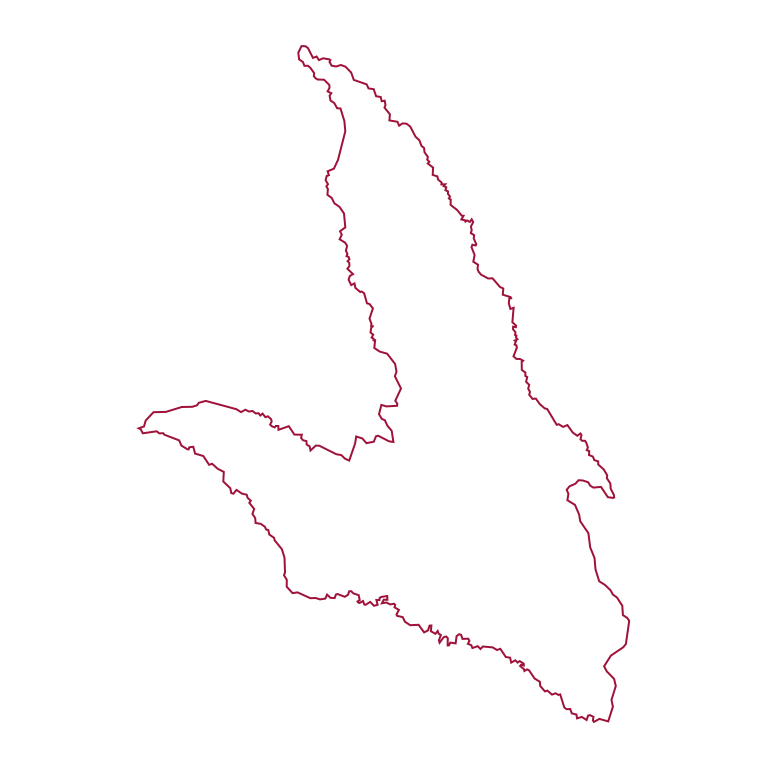 outline of Piendamó, Cauca, Colombia
{"feature_id": "7082276B51071963604741", "entity_name": "Piendamó", "entity_type": "district", "adm_level": 2, "iso_a3": "COL", "parent_name": "Colombia", "parent_adm1": "Cauca", "projection": "orthographic", "projection_center": [-76.57, 2.735], "detail": "fine", "context": "isolated", "style": "outline", "palette": "rose", "viewbox_px": 768, "rotation_deg": 0, "n_neighbors": 0, "source": "geoboundaries", "source_scale": "gbopen_adm2", "svg_char_len": 6090}
<svg xmlns="http://www.w3.org/2000/svg" viewBox="0 0 768 768"><path d="M608.2,721.4L612.9,706.7L611.5,699.8L615.8,686.0L614.1,678.9L606.8,671.4L604.1,666.3L610.9,655.6L623.2,647.3L625.9,644.0L629.2,620.9L627.2,617.9L622.9,615.1L622.3,605.7L616.9,597.4L613.0,594.7L610.4,590.1L604.8,584.8L599.2,581.3L595.5,569.4L594.5,557.9L590.2,547.4L588.4,533.2L580.2,521.2L579.1,514.5L575.0,504.9L567.4,500.2L568.4,493.8L566.7,489.8L569.6,486.3L575.4,483.7L578.6,480.2L582.9,480.5L588.2,482.3L590.2,485.7L593.4,487.6L601.0,486.9L607.9,497.2L613.0,497.9L614.2,497.5L613.8,494.7L610.7,488.8L610.3,483.4L606.8,478.1L607.2,475.3L603.7,469.4L598.2,464.5L598.2,461.4L594.3,460.1L592.9,456.6L589.0,455.0L589.2,451.1L586.8,450.2L587.9,447.5L586.3,442.8L585.0,440.8L582.1,440.8L580.5,439.2L581.5,435.1L580.4,433.5L577.3,435.8L572.8,432.6L567.4,425.1L563.0,426.9L558.7,424.2L556.7,424.8L547.2,409.0L544.9,408.5L539.7,404.0L535.9,398.6L532.5,398.9L529.2,394.7L530.0,391.9L528.2,388.7L529.2,384.8L526.1,381.8L527.2,377.0L525.3,375.9L525.4,372.6L521.8,369.9L521.7,361.8L523.1,360.7L520.0,359.0L516.4,358.9L513.5,356.4L516.9,347.5L516.4,345.3L514.7,344.6L515.9,341.3L514.8,340.5L517.4,339.3L515.9,337.3L516.4,335.6L515.0,334.9L515.5,332.3L513.0,329.2L513.1,326.7L515.8,327.2L516.1,325.6L512.4,322.3L513.6,307.8L510.4,308.9L508.8,303.3L509.3,298.5L511.1,298.2L510.6,297.1L502.8,294.7L503.3,288.5L500.0,287.0L492.5,278.3L488.2,278.5L481.1,274.7L478.6,271.7L477.5,269.0L478.0,264.7L473.3,261.7L474.6,255.0L471.5,247.1L472.4,244.7L475.6,245.5L476.3,244.3L473.7,238.3L474.2,235.2L470.8,233.1L471.7,230.2L470.9,226.5L473.2,222.1L471.7,219.3L469.9,221.9L467.0,220.4L465.4,221.6L464.8,220.2L461.4,219.5L463.5,215.8L461.7,215.6L457.1,210.0L450.6,204.9L450.7,199.5L448.9,198.5L450.0,196.5L447.9,193.8L448.0,191.4L445.4,190.2L446.3,187.3L443.7,186.1L445.2,184.3L441.4,184.4L441.7,182.6L438.0,179.5L437.4,176.4L432.7,174.9L433.1,167.6L427.8,163.5L429.3,161.7L427.2,159.6L427.9,157.0L424.5,152.2L424.1,148.0L421.5,145.9L419.4,140.3L415.6,136.8L410.2,126.5L406.5,123.7L402.6,123.4L399.1,125.7L397.5,121.8L389.4,120.4L389.9,114.3L384.5,107.6L385.5,105.1L384.7,100.7L381.7,101.2L380.7,97.0L376.1,96.2L373.7,89.2L368.5,88.4L366.7,84.4L353.8,79.9L351.2,72.6L345.5,66.7L340.9,65.0L336.1,66.5L331.7,65.7L329.5,62.0L330.4,60.1L329.5,59.4L323.1,58.3L318.9,60.1L316.6,56.5L313.0,57.9L307.9,48.0L305.4,46.2L301.5,46.1L298.3,52.7L299.1,59.4L302.9,62.0L304.4,65.8L308.0,65.8L310.5,68.0L314.2,73.2L313.8,76.1L315.6,78.3L317.6,79.5L324.0,79.7L329.3,84.9L329.5,87.9L327.6,91.4L331.3,93.2L329.6,95.6L330.5,100.5L334.3,103.1L337.1,108.2L340.5,108.5L344.4,121.2L345.3,131.3L338.0,159.9L333.9,168.7L327.6,171.3L328.9,175.2L326.7,176.0L325.6,180.1L328.0,184.2L326.4,186.3L327.9,189.1L327.4,194.8L331.7,197.9L334.4,203.3L339.5,206.9L344.0,213.5L345.3,227.4L340.0,231.3L341.8,234.7L339.6,239.3L345.2,242.7L347.1,245.9L345.9,250.7L347.4,253.9L346.6,256.2L348.6,256.9L349.4,259.3L347.6,261.2L349.3,263.0L349.4,266.0L347.4,268.8L353.0,274.1L349.8,276.0L348.6,279.7L351.2,285.1L354.5,283.4L355.4,287.9L360.2,292.0L361.5,291.5L364.1,293.2L367.0,303.3L369.5,304.0L372.9,308.4L369.5,318.6L371.5,324.0L371.1,325.9L372.7,326.3L371.2,327.8L370.5,332.5L373.2,334.7L371.6,337.6L373.6,338.7L373.5,340.3L375.1,340.2L374.3,348.0L379.8,351.6L387.2,353.7L395.1,364.0L396.5,371.6L394.9,376.3L401.0,388.5L395.3,400.7L397.3,403.8L397.1,405.8L386.3,406.4L381.4,404.9L379.0,414.2L381.8,418.9L384.9,420.3L387.4,425.7L391.7,430.8L393.4,442.0L389.0,441.3L378.1,435.7L376.0,436.3L373.8,441.7L366.5,443.2L362.4,438.5L356.2,436.5L355.1,443.5L349.2,460.6L344.9,458.6L341.4,455.1L336.2,454.2L319.3,445.7L315.8,445.6L310.5,450.5L309.6,446.3L306.7,444.6L306.4,441.1L302.9,440.2L301.1,437.9L301.8,434.7L294.4,434.6L288.8,426.2L278.5,429.8L278.3,426.0L275.8,426.0L274.7,427.4L271.9,426.3L270.1,424.6L271.7,421.4L271.0,419.0L267.8,416.3L265.4,417.2L262.6,413.6L260.3,415.5L258.5,413.2L255.8,413.5L252.5,411.0L248.7,411.5L245.5,409.7L241.0,412.1L236.4,409.2L205.7,400.9L198.8,402.8L197.0,405.3L192.3,406.8L181.8,407.0L165.9,411.9L153.5,412.2L145.7,420.5L144.0,426.5L138.8,428.3L140.7,429.3L142.8,433.3L156.7,431.3L159.3,433.4L163.2,433.2L164.4,434.7L179.2,440.4L181.4,445.6L187.5,449.3L188.6,449.4L189.3,447.3L193.3,446.8L195.1,453.6L203.3,456.0L209.1,464.8L212.2,463.8L217.7,468.8L223.8,471.9L223.3,481.5L230.3,488.2L231.3,493.1L233.4,493.7L236.5,489.9L241.9,493.6L246.7,494.7L247.6,497.8L250.8,500.7L249.3,502.8L254.2,509.0L252.4,513.9L255.2,518.0L255.6,523.0L260.7,523.8L264.8,526.7L266.2,529.6L268.3,530.0L269.3,534.5L274.0,537.8L274.7,540.4L281.9,549.2L284.5,557.7L285.0,572.5L284.0,575.2L286.8,579.9L286.7,586.7L292.5,593.1L297.6,592.4L310.3,598.2L315.6,598.0L320.0,599.4L325.3,598.6L327.1,594.6L330.4,597.8L334.6,598.1L336.0,594.5L337.5,594.0L344.8,596.8L348.0,594.8L349.2,591.3L351.2,591.2L353.4,593.4L358.7,595.2L359.7,600.0L357.5,601.5L358.1,602.4L359.5,603.0L363.0,601.0L364.3,604.5L365.6,604.8L370.2,601.9L374.0,605.8L377.6,604.8L376.4,600.0L379.4,600.1L379.7,597.8L381.5,596.9L387.2,596.0L387.4,599.8L383.8,599.7L381.9,603.3L386.4,602.5L390.1,604.4L394.2,603.8L395.2,604.8L394.5,607.3L398.9,609.9L396.5,614.6L397.2,615.9L402.7,617.1L405.0,621.8L410.2,625.2L418.6,624.8L424.1,632.4L428.0,630.4L429.6,625.6L431.4,625.5L430.9,631.2L435.4,633.8L437.7,631.0L438.6,633.7L440.9,635.0L438.9,640.3L439.6,642.7L443.7,637.2L446.1,636.5L447.8,638.2L447.6,645.4L448.9,645.4L450.3,642.6L455.6,643.4L456.6,636.1L459.2,634.2L461.1,634.9L462.5,638.9L468.3,638.7L469.4,640.9L467.9,643.8L471.3,645.2L472.4,648.0L477.8,646.2L480.5,649.0L482.9,646.5L492.7,647.4L497.0,650.0L500.3,648.8L505.8,657.0L510.1,657.7L511.2,662.6L515.3,660.3L517.6,662.6L519.7,661.1L523.7,663.6L523.8,665.5L521.2,664.7L520.1,666.0L523.9,669.1L524.4,671.0L527.0,669.4L529.0,670.3L534.7,678.6L539.9,681.8L540.2,685.9L544.9,691.4L547.4,690.6L552.0,694.6L555.5,693.3L558.4,694.9L560.2,694.4L564.3,707.5L566.6,709.2L570.2,709.0L571.8,713.4L576.4,714.5L577.1,718.4L581.8,716.9L586.6,720.0L588.0,715.7L590.0,715.1L593.5,716.9L592.9,720.4L593.9,721.9L599.4,718.9L608.2,721.4Z" fill="none" stroke="#9f1239" stroke-width="2"/></svg>